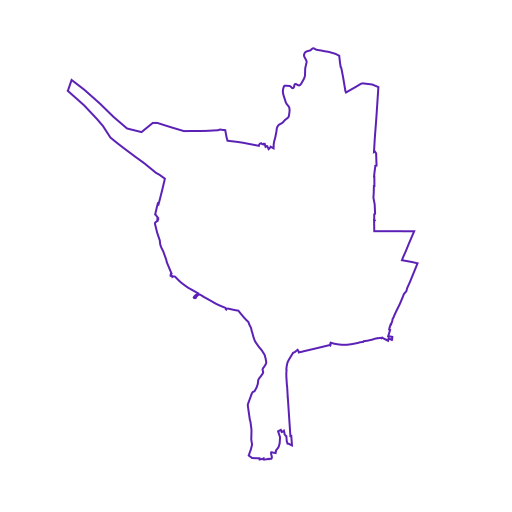 the district of Amersfoort, Utrecht, Netherlands, rotated 81°
{"feature_id": "6326949B34184194665398", "entity_name": "Amersfoort", "entity_type": "district", "adm_level": 2, "iso_a3": "NLD", "parent_name": "Netherlands", "parent_adm1": "Utrecht", "projection": "robinson", "projection_center": [5.382, 52.164], "detail": "fine", "context": "isolated", "style": "outline", "palette": "violet", "viewbox_px": 512, "rotation_deg": 81, "n_neighbors": 0, "source": "geoboundaries", "source_scale": "gbopen_adm2", "svg_char_len": 5972}
<svg xmlns="http://www.w3.org/2000/svg" viewBox="0 0 512 512"><g transform="rotate(81 256 256)"><path d="M448.7,250.1L439.2,249.3L439.2,250.2L400.5,246.7L400.5,246.8L400.0,246.8L399.1,246.6L390.0,245.7L388.5,245.7L380.0,244.9L377.8,244.6L376.0,244.3L373.3,243.6L372.8,243.8L369.9,243.0L367.4,242.1L365.9,241.4L364.4,240.4L362.3,238.7L357.4,234.5L357.2,233.5L356.7,232.1L356.4,231.8L355.2,229.6L356.2,229.1L358.0,228.7L357.8,228.0L357.8,226.2L357.5,223.3L356.7,212.1L355.5,197.2L356.0,196.6L355.1,196.2L354.2,196.3L353.3,195.8L355.1,192.0L355.1,191.8L356.2,188.5L357.2,184.7L357.7,181.5L357.9,180.0L358.0,177.2L358.0,174.3L357.8,168.6L357.6,167.7L357.5,167.1L357.6,163.5L357.0,162.9L357.1,159.1L356.9,156.5L356.9,156.3L356.9,155.7L356.8,154.5L356.6,153.1L356.3,151.4L356.2,149.1L356.3,149.1L356.3,147.1L356.4,144.9L356.7,145.1L356.9,144.9L356.7,144.6L356.8,143.7L358.6,141.3L359.8,139.7L359.6,139.7L360.3,138.8L358.1,137.9L359.8,135.5L359.6,135.4L360.0,134.8L359.0,134.4L357.2,134.0L356.3,136.6L355.9,138.0L350.0,135.1L349.4,136.0L347.3,135.0L347.2,135.1L345.6,134.3L345.5,134.1L344.5,133.6L344.7,133.3L341.4,131.5L340.6,131.3L339.2,130.7L338.8,130.3L338.7,130.1L336.2,128.6L333.9,127.1L325.8,121.4L319.2,117.3L316.6,115.8L314.4,113.1L311.2,111.6L305.7,108.0L288.5,97.6L286.6,102.2L284.9,107.0L283.0,112.5L280.2,110.9L275.0,107.5L266.6,102.4L256.3,95.9L250.0,135.3L242.2,134.2L239.1,133.8L239.2,133.2L238.2,133.5L233.3,132.7L233.2,132.3L233.0,131.9L232.5,131.7L223.4,130.7L216.7,130.9L212.8,130.0L205.3,128.6L205.4,128.1L196.1,126.7L196.0,127.0L192.7,126.1L187.2,124.5L186.3,124.1L185.6,124.1L185.5,122.8L173.4,121.3L171.3,122.3L171.7,123.2L158.5,120.3L137.4,115.3L108.3,108.7L105.2,113.7L104.7,114.7L102.3,123.1L102.2,124.2L102.3,125.1L102.4,125.6L104.2,130.0L108.3,140.8L108.6,141.5L108.3,141.6L107.2,141.9L94.1,142.0L84.1,142.3L83.2,142.5L82.6,142.8L82.5,142.7L82.1,142.8L77.2,142.8L76.5,142.7L71.2,142.5L70.9,143.0L69.6,144.7L68.5,146.4L66.4,150.9L65.7,152.4L64.4,156.5L63.3,159.3L61.9,163.7L61.4,164.6L60.3,165.9L59.9,166.5L59.8,167.1L60.0,167.9L60.3,168.5L61.1,169.6L61.5,170.5L61.7,173.1L61.9,174.1L62.0,174.5L62.5,175.5L63.0,176.0L63.9,176.7L64.6,177.0L65.2,177.2L66.0,177.2L66.8,177.1L70.5,175.8L71.5,175.6L72.1,175.6L72.8,175.8L77.7,177.8L79.1,178.2L84.5,179.2L85.8,179.5L87.4,180.3L89.0,181.3L93.0,184.5L93.6,185.2L94.0,185.7L94.2,186.3L94.3,186.8L94.1,187.2L93.8,187.9L92.4,189.6L92.3,190.0L92.3,190.4L92.5,190.8L92.9,191.2L93.5,191.5L94.6,191.8L95.5,192.4L95.8,192.9L96.0,193.4L95.9,193.8L95.7,194.1L94.0,195.3L93.5,195.9L93.3,196.4L92.5,199.8L92.3,201.0L92.4,201.3L92.7,201.7L93.6,202.3L95.1,203.0L97.3,203.7L99.5,203.8L101.4,203.7L109.1,202.5L110.7,201.9L113.3,200.4L114.4,200.0L115.3,199.9L117.1,200.0L118.5,200.3L119.6,200.6L122.8,201.6L123.9,202.2L124.5,203.0L126.4,206.4L128.5,208.9L129.0,210.1L129.7,212.2L130.1,213.0L130.8,213.8L131.6,214.6L133.2,215.5L135.8,216.2L141.3,218.2L143.2,219.0L145.1,219.9L146.7,220.5L148.6,221.1L152.4,221.8L150.4,224.4L150.7,224.5L152.4,226.8L149.2,227.8L149.1,228.4L149.6,229.5L146.6,229.8L146.4,230.8L147.0,231.1L146.3,232.6L145.5,233.1L145.6,234.3L145.8,234.7L146.6,235.5L147.1,235.9L147.6,236.0L141.9,251.7L140.0,257.9L137.7,266.1L134.4,266.5L126.9,266.7L126.3,269.1L125.7,270.9L125.5,271.7L125.5,272.5L125.6,272.8L125.9,273.3L124.5,286.9L121.3,307.8L115.4,320.1L109.2,332.5L108.4,337.1L115.7,349.7L109.9,363.4L96.4,374.9L81.1,386.3L65.0,399.5L53.3,410.6L62.9,415.7L63.4,416.1L80.2,402.3L95.6,391.8L103.7,386.8L116.2,381.3L123.0,375.2L128.4,370.1L138.9,359.9L147.4,351.4L158.2,341.8L160.7,338.6L165.4,333.9L177.3,338.8L186.8,342.9L189.7,344.2L188.9,344.8L192.3,346.3L199.2,349.1L200.0,348.4L202.1,347.4L203.2,346.7L203.7,347.4L204.7,347.0L205.1,347.9L205.9,347.7L207.0,350.1L207.3,350.4L208.2,350.7L209.1,350.7L217.4,350.0L225.0,348.7L226.1,348.6L228.9,348.8L231.0,348.6L233.2,348.1L236.9,346.9L245.3,345.3L248.6,345.0L260.0,342.2L260.2,342.7L260.6,342.6L260.9,342.7L261.3,342.9L261.5,343.4L262.2,343.4L262.2,342.5L262.3,342.2L262.6,342.0L263.6,341.9L263.5,341.6L263.3,341.3L263.3,340.2L263.6,339.5L264.1,338.9L268.1,336.1L270.7,334.0L273.5,331.3L275.4,329.4L276.8,327.9L283.8,319.0L285.9,322.0L285.5,322.1L286.4,323.4L287.2,323.7L287.3,323.9L287.9,323.6L287.8,323.3L288.1,322.4L287.9,322.0L286.6,321.0L285.3,319.0L285.3,318.1L285.5,317.2L287.4,314.8L287.6,314.8L290.1,311.6L291.8,309.4L297.1,302.8L300.1,298.2L302.3,294.5L303.2,293.7L303.8,294.1L304.2,293.8L303.5,293.2L303.6,291.7L305.5,287.0L306.8,283.4L307.2,282.0L310.4,280.2L314.7,277.6L317.7,275.6L319.5,274.2L320.2,273.8L322.8,273.3L325.5,272.4L326.8,272.1L329.2,272.0L331.8,271.6L336.4,271.1L339.3,270.5L340.6,270.1L342.1,269.4L346.0,267.5L350.0,265.1L354.6,263.1L356.0,262.8L359.7,262.5L362.7,262.5L363.3,262.7L364.2,263.2L365.5,264.2L367.1,265.7L367.7,266.4L368.5,267.0L369.0,267.2L369.7,267.3L371.5,267.1L371.9,267.1L372.5,267.3L373.3,267.9L375.7,270.2L377.5,272.2L378.3,272.8L379.2,273.3L381.8,274.0L383.0,274.4L386.1,276.1L388.7,278.1L389.0,278.3L389.4,278.8L389.5,279.2L389.7,280.1L390.1,280.8L391.8,282.1L392.0,282.1L392.7,282.6L392.9,282.6L399.5,286.3L401.2,287.2L401.8,287.4L403.2,287.5L416.3,287.7L417.0,287.7L418.7,287.4L425.8,287.6L428.0,287.8L436.5,289.4L441.2,289.4L442.0,289.5L447.0,291.7L447.6,292.1L451.9,294.4L454.9,291.5L455.6,288.5L456.3,284.2L457.5,284.3L457.5,282.3L457.4,281.2L457.1,280.2L458.2,280.3L458.3,280.0L458.4,279.0L458.4,275.8L458.6,275.3L458.3,275.2L458.4,274.3L458.7,272.7L458.3,272.2L457.9,272.0L457.2,271.8L455.8,271.8L454.5,272.0L454.1,272.1L452.3,271.8L452.2,271.6L453.7,267.5L452.9,267.3L452.1,266.8L451.4,266.8L451.1,266.6L450.9,266.4L450.5,265.9L448.8,264.1L448.0,263.5L447.0,263.0L444.6,261.9L438.7,260.6L432.6,261.6L431.6,258.7L433.8,258.2L433.7,257.9L433.8,257.9L433.8,257.4L433.6,256.9L433.3,256.4L432.9,255.8L434.9,255.6L436.3,255.7L438.1,254.9L438.5,254.3L438.7,254.2L443.7,254.6L446.3,254.2L446.5,253.2L448.0,251.1L448.3,250.5L448.5,250.4L448.7,250.1Z" fill="none" stroke="#5b21b6" stroke-width="2"/></g></svg>